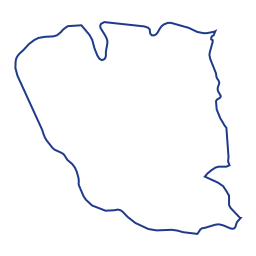 an SVG outline of Galati
{"feature_id": "ROU-315", "entity_name": "Galati", "entity_type": "County", "adm_level": 1, "iso_a3": "ROU", "parent_name": "Romania", "parent_adm1": "", "projection": "robinson", "projection_center": [27.834, 45.761], "detail": "fine", "context": "isolated", "style": "outline", "palette": "blue", "viewbox_px": 256, "rotation_deg": 0, "n_neighbors": 0, "source": "natural_earth", "source_scale": "10m", "svg_char_len": 1862}
<svg xmlns="http://www.w3.org/2000/svg" viewBox="0 0 256 256"><path d="M215.3,31.2L213.6,35.3L211.8,36.4L211.2,37.8L211.2,39.4L212.7,40.2L212.7,41.8L209.9,51.9L209.4,54.8L210.2,58.9L216.0,73.4L216.4,76.6L217.0,78.3L218.4,80.3L219.3,82.6L218.8,84.8L217.9,87.0L217.6,89.3L218.2,91.5L220.3,95.1L220.8,96.2L220.1,97.7L217.0,99.6L216.0,101.2L216.7,109.5L220.3,118.3L224.4,125.2L226.4,127.9L228.5,156.9L228.1,161.6L229.5,165.3L226.2,166.7L218.5,166.7L215.4,167.6L211.6,170.1L207.7,173.3L204.8,176.6L217.9,182.6L223.2,186.2L227.2,192.4L228.1,194.2L228.6,194.8L229.0,195.4L229.1,205.2L230.7,208.1L237.0,214.7L240.1,218.0L240.6,218.0L240.3,218.4L237.1,221.9L236.2,224.2L235.8,225.8L235.0,227.6L234.1,228.4L232.8,228.8L230.4,228.4L223.6,225.5L219.5,224.4L217.4,224.4L214.9,224.8L204.7,227.9L202.3,228.2L200.5,229.3L197.4,233.9L183.2,232.2L177.4,230.6L171.9,229.8L156.5,230.4L148.3,229.0L135.4,223.0L127.5,216.8L122.8,211.9L120.7,210.3L117.9,209.6L113.7,210.3L105.5,210.7L92.1,205.5L85.9,199.7L83.6,196.3L79.3,186.3L78.6,184.0L78.8,181.3L78.5,178.0L76.7,171.6L74.9,167.6L72.4,164.2L67.4,159.9L65.9,157.6L64.8,155.8L63.4,154.0L61.0,152.6L54.8,149.8L52.5,147.9L46.6,140.4L45.0,137.7L43.5,134.1L42.2,129.9L17.4,75.6L15.4,67.9L15.6,61.6L16.3,58.3L17.9,55.5L19.9,53.2L23.3,50.2L29.0,44.0L34.1,40.1L38.5,37.9L45.1,36.8L53.2,36.4L57.0,35.3L60.8,32.2L63.1,29.6L65.9,27.4L68.1,26.1L81.4,25.3L89.4,34.8L92.2,39.8L94.4,48.1L97.3,55.4L99.3,58.6L101.7,60.1L103.3,59.7L104.6,58.9L105.4,57.6L105.9,55.9L105.9,51.5L107.3,43.7L107.4,41.0L106.6,38.4L105.3,35.7L100.5,27.9L100.2,25.6L101.1,23.8L104.3,22.1L144.2,26.4L147.9,27.6L149.7,29.3L149.9,31.5L150.3,33.7L151.9,35.4L154.3,35.3L156.3,34.2L157.7,32.4L160.0,28.3L161.8,26.0L164.1,24.3L167.8,22.9L171.1,22.9L188.6,27.8L197.2,31.9L203.1,33.1L206.6,33.2L214.3,31.7L215.1,31.3L215.3,31.2Z" fill="none" stroke="#1e3a8a" stroke-width="2"/></svg>